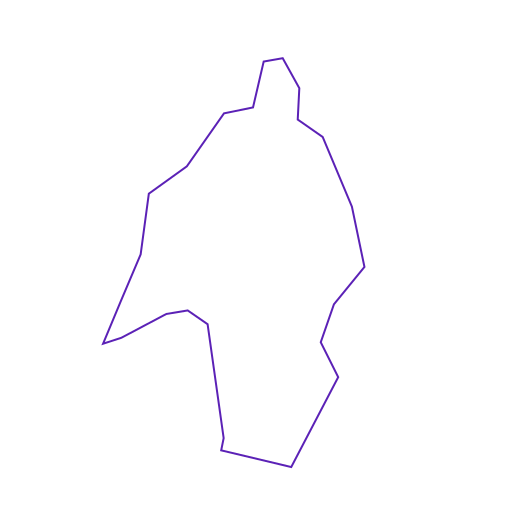 Dublin, Natural Earth projection, rotated 113°
{"feature_id": "IRL-5575", "entity_name": "Dublin", "entity_type": "County", "adm_level": 1, "iso_a3": "IRL", "parent_name": "Ireland", "parent_adm1": "", "projection": "natural_earth1", "projection_center": [-6.257, 53.366], "detail": "fine", "context": "isolated", "style": "outline", "palette": "violet", "viewbox_px": 512, "rotation_deg": 113, "n_neighbors": 0, "source": "natural_earth", "source_scale": "10m", "svg_char_len": 463}
<svg xmlns="http://www.w3.org/2000/svg" viewBox="0 0 512 512"><g transform="rotate(113 256 256)"><path d="M448.5,212.1L436.3,214.6L337.7,273.9L332.8,297.6L344.4,315.9L383.9,348.0L396.5,362.5L350.2,362.8L299.6,362.8L240.5,379.0L200.5,354.7L137.2,341.2L120.4,316.8L74.0,324.9L63.5,308.7L84.6,281.7L114.1,270.9L120.4,241.1L173.1,187.0L223.7,151.9L270.0,165.4L310.1,162.7L335.4,133.0L436.5,141.1L448.5,212.1Z" fill="none" stroke="#5b21b6" stroke-width="2"/></g></svg>